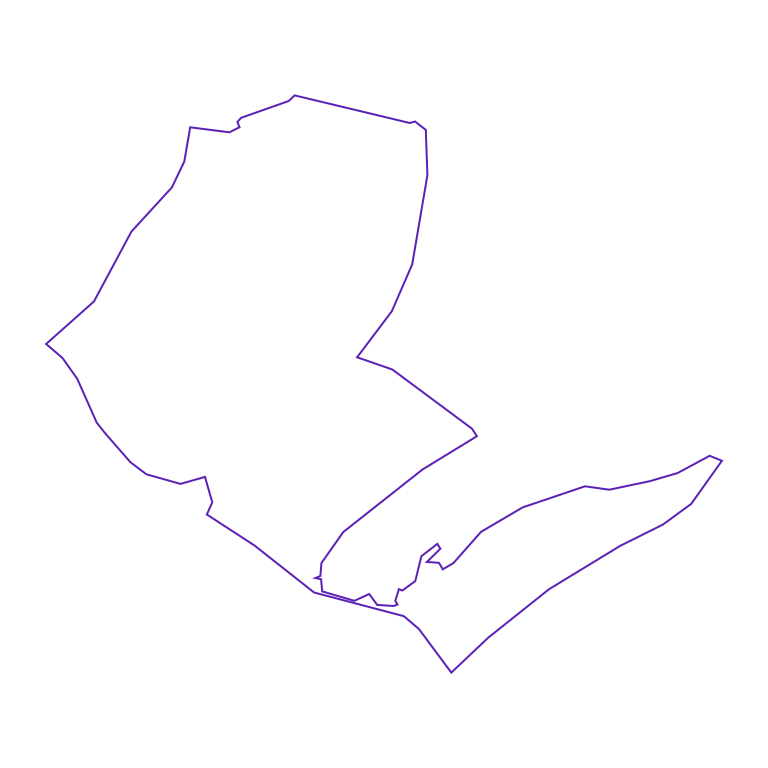 Donaghmede Lea-5, Dublin, Ireland
{"feature_id": "5873133B22285144111595", "entity_name": "Donaghmede Lea-5", "entity_type": "district", "adm_level": 2, "iso_a3": "IRL", "parent_name": "Ireland", "parent_adm1": "Dublin", "projection": "orthographic", "projection_center": [-6.157, 53.388], "detail": "fine", "context": "isolated", "style": "outline", "palette": "violet", "viewbox_px": 768, "rotation_deg": 0, "n_neighbors": 0, "source": "geoboundaries", "source_scale": "gbopen_adm2", "svg_char_len": 1009}
<svg xmlns="http://www.w3.org/2000/svg" viewBox="0 0 768 768"><path d="M105.0,433.1L130.5,462.3L146.4,474.3L180.5,483.9L205.0,476.9L212.3,502.4L206.8,514.5L254.5,545.5L314.1,592.5L403.9,616.2L419.0,629.1L451.3,672.6L488.3,637.6L549.2,589.1L620.1,545.9L663.0,524.5L691.2,503.9L721.9,460.8L709.6,455.8L677.5,473.1L649.3,481.3L609.3,489.7L585.0,486.3L522.6,507.4L481.1,531.8L453.4,563.1L442.8,569.3L438.9,562.8L426.9,562.0L440.4,548.7L437.3,543.9L421.4,556.2L415.3,581.0L402.5,590.5L398.9,589.2L395.3,600.8L397.5,604.5L393.7,606.0L377.2,604.9L369.2,594.0L354.3,600.8L322.2,591.4L321.1,579.3L315.4,578.0L320.4,576.0L321.4,563.1L343.3,532.0L422.5,469.5L476.9,436.2L472.0,428.7L392.3,369.5L357.1,357.3L391.8,311.3L412.2,264.4L427.4,175.3L425.8,129.9L415.0,121.5L409.7,123.0L294.6,95.4L288.7,101.0L241.1,117.8L237.4,122.0L239.5,127.2L229.5,132.3L190.2,127.3L184.3,161.5L171.9,187.4L131.4,231.6L94.0,301.4L46.1,344.0L62.4,357.9L77.2,378.7L96.7,422.6L105.0,433.1Z" fill="none" stroke="#5b21b6" stroke-width="2"/></svg>